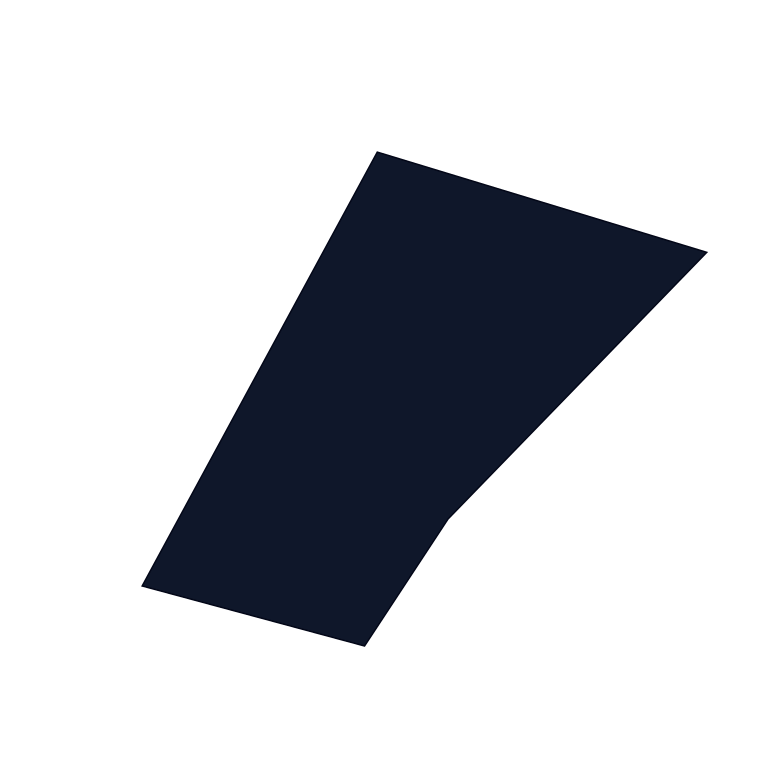 Wong Tai Sin, Mercator projection, rotated 311°
{"feature_id": "HKG-5160", "entity_name": "Wong Tai Sin", "entity_type": "state/province", "adm_level": 1, "iso_a3": "HKG", "parent_name": "Hong Kong S.A.R.", "parent_adm1": "", "projection": "mercator", "projection_center": [114.206, 22.344], "detail": "fine", "context": "isolated", "style": "filled", "palette": "ink", "viewbox_px": 768, "rotation_deg": 311, "n_neighbors": 0, "source": "natural_earth", "source_scale": "10m", "svg_char_len": 242}
<svg xmlns="http://www.w3.org/2000/svg" viewBox="0 0 768 768"><g transform="rotate(311 384 384)"><path d="M173.5,541.2L72.9,334.0L554.6,226.8L695.1,541.2L324.1,520.9L173.5,541.2Z" fill="#0f172a" stroke="#020617" stroke-width="1.5"/></g></svg>